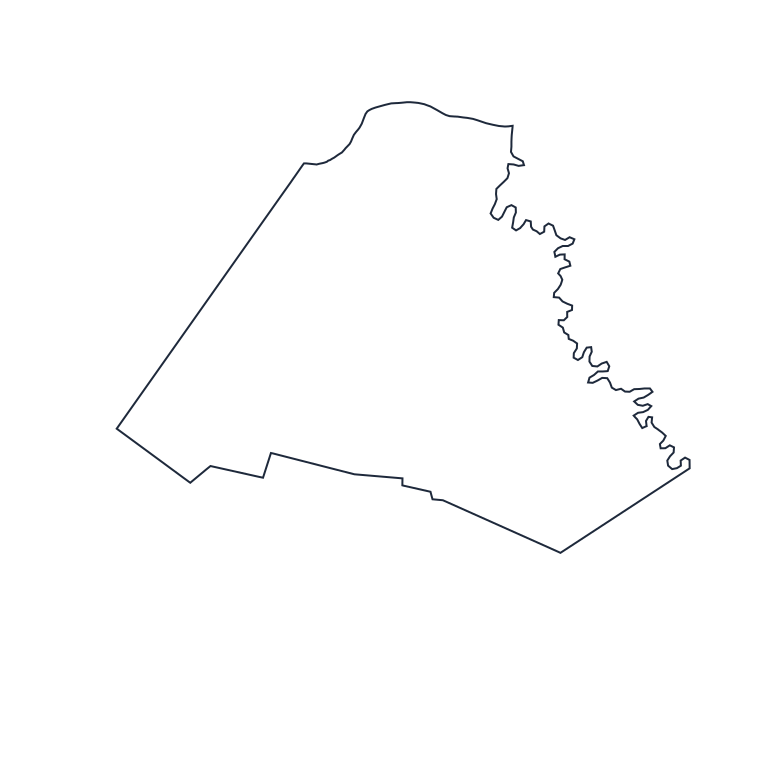 Montecarlo, Misiones, Argentina (Mercator projection), rotated 57°
{"feature_id": "61730980B57669558110084", "entity_name": "Montecarlo", "entity_type": "district", "adm_level": 2, "iso_a3": "ARG", "parent_name": "Argentina", "parent_adm1": "Misiones", "projection": "mercator", "projection_center": [-54.553, -26.697], "detail": "fine", "context": "isolated", "style": "outline", "palette": "slate", "viewbox_px": 768, "rotation_deg": 57, "n_neighbors": 0, "source": "geoboundaries", "source_scale": "gbopen_adm2", "svg_char_len": 3945}
<svg xmlns="http://www.w3.org/2000/svg" viewBox="0 0 768 768"><g transform="rotate(57 384 384)"><path d="M621.2,173.6L614.1,169.1L609.7,171.6L609.8,176.9L613.7,179.2L614.2,179.5L614.2,180.0L614.1,184.2L612.3,188.7L607.2,190.2L603.6,188.6L602.5,188.1L600.4,183.5L600.0,181.8L599.2,178.4L595.1,175.3L591.1,177.7L591.1,183.0L588.6,187.0L585.0,185.5L584.6,185.3L583.6,180.6L583.5,180.4L581.0,176.0L576.1,177.2L571.6,178.9L571.4,178.9L567.3,180.7L562.1,180.6L558.0,177.3L555.6,180.1L557.7,184.4L560.5,185.8L562.4,186.7L562.2,187.4L561.6,191.4L556.7,191.4L551.5,190.9L548.6,191.5L546.5,191.8L546.5,186.6L548.7,182.0L549.4,176.8L548.8,174.6L548.1,171.9L544.5,173.8L543.2,178.8L539.7,182.5L534.9,183.7L534.9,180.8L534.9,178.5L536.8,173.6L537.0,168.4L536.9,165.4L536.8,163.1L532.6,163.4L529.7,167.8L527.3,172.5L524.6,177.0L524.4,180.3L524.4,181.0L524.3,182.2L521.6,186.0L517.1,187.8L515.4,192.8L511.1,194.9L505.9,193.7L500.7,193.6L497.7,197.7L497.4,203.0L496.7,208.3L493.9,212.0L493.4,211.4L490.6,208.2L490.8,203.0L490.0,197.8L492.8,193.4L494.7,190.0L495.0,189.3L491.8,185.4L486.7,185.2L485.4,190.3L485.5,195.5L482.3,199.5L477.1,199.5L472.9,196.6L470.1,192.2L465.9,190.2L463.9,194.2L466.2,199.0L467.3,200.4L469.5,203.1L469.5,205.7L469.5,208.3L465.2,210.6L461.8,208.2L461.4,207.8L461.2,207.3L459.2,202.9L455.2,200.0L450.7,201.8L446.8,204.5L443.3,202.7L438.9,204.8L434.1,203.3L433.9,203.4L429.3,205.4L425.6,202.6L426.8,200.9L428.5,198.5L427.6,193.8L426.6,193.2L423.3,191.1L423.7,189.2L424.3,186.0L420.7,183.5L416.5,186.6L412.0,189.3L406.9,190.1L403.6,194.3L400.2,191.6L399.1,186.5L397.0,181.8L394.8,179.0L394.5,178.7L393.7,177.7L389.7,177.1L386.1,177.7L385.8,177.2L383.6,173.5L384.9,168.4L385.0,168.1L386.3,163.3L382.3,161.9L377.7,164.6L373.7,161.9L371.3,166.0L370.6,171.0L368.2,170.0L366.0,169.2L364.9,164.1L365.6,158.9L368.5,154.5L368.9,150.3L369.0,149.3L366.3,145.5L362.0,148.4L361.8,153.7L358.0,156.6L353.1,158.4L348.3,157.2L343.3,156.0L339.0,158.6L339.2,163.6L340.3,164.4L343.5,166.7L343.3,169.4L343.1,171.6L339.0,172.8L335.6,175.0L332.2,175.0L327.6,172.4L323.9,175.6L325.2,178.3L326.0,179.8L327.3,184.7L327.4,184.8L327.1,189.6L322.7,191.4L318.9,187.8L315.0,184.4L312.0,180.0L307.7,177.4L303.4,179.7L302.6,184.8L305.2,189.3L307.9,193.9L308.4,197.4L308.6,198.8L304.3,201.5L299.0,201.7L298.7,201.2L296.0,197.4L293.5,193.0L290.5,189.0L290.4,188.8L285.7,186.6L281.6,183.5L280.6,178.6L279.7,173.5L278.6,168.4L277.3,166.8L275.3,164.4L270.4,162.9L268.1,160.7L267.3,159.9L270.5,155.7L274.4,152.3L276.2,148.4L276.7,147.4L272.8,146.3L268.2,148.9L263.7,151.4L263.2,151.4L258.5,151.1L254.4,147.9L250.1,145.1L247.4,143.2L244.8,141.3L239.7,137.2L238.7,136.4L237.5,135.5L235.6,139.5L233.9,142.4L230.2,147.1L226.0,151.4L220.9,156.3L213.8,161.9L210.1,165.0L206.1,169.3L203.5,172.5L199.9,176.6L197.9,179.4L195.1,183.1L192.1,185.6L188.9,187.4L183.2,190.3L179.5,192.3L176.5,193.9L173.5,196.2L171.3,197.8L169.1,200.0L167.0,202.1L164.9,204.7L162.1,208.3L160.2,211.2L158.1,215.3L156.3,218.7L155.0,220.9L152.6,225.1L150.4,231.3L148.9,236.1L147.5,240.6L146.6,244.4L146.3,247.1L146.3,249.5L147.4,252.2L147.4,252.3L150.0,256.0L153.6,260.9L155.7,264.9L156.6,267.4L156.6,267.5L157.4,270.2L158.6,273.5L160.8,276.9L162.7,279.6L163.4,281.0L164.0,282.1L165.2,287.3L165.3,287.8L165.9,289.5L166.9,293.2L166.8,296.0L166.8,298.3L166.9,300.3L167.0,302.4L166.8,305.0L166.8,307.3L166.3,309.1L166.5,310.9L165.9,313.4L165.3,315.2L164.1,318.2L163.2,321.0L162.5,321.8L156.7,329.0L155.4,331.0L155.6,331.6L156.7,334.4L161.6,346.4L162.0,347.5L164.0,352.3L168.6,363.9L169.8,366.9L170.3,368.2L176.9,384.7L181.2,395.5L219.8,492.1L275.9,632.5L322.8,614.8L353.9,603.1L356.5,602.1L361.3,600.3L358.9,580.0L358.3,574.2L393.6,539.6L396.7,536.5L380.3,516.4L381.8,514.9L385.3,511.7L443.6,458.0L473.2,419.9L476.6,422.2L479.0,423.8L480.0,422.9L499.7,403.7L502.1,404.5L507.1,406.1L513.5,398.0L513.6,397.9L619.6,329.3L621.7,328.0L621.2,176.0L621.2,173.6Z" fill="none" stroke="#1e293b" stroke-width="2"/></g></svg>